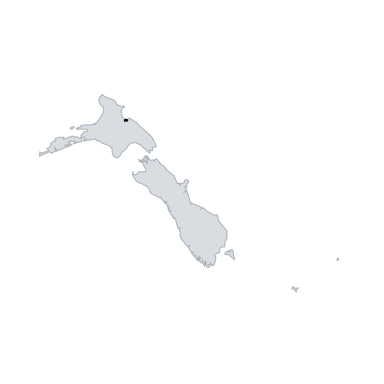 Napier City, Hawke's Bay, New Zealand shown in context, rotated 281°
{"feature_id": "76426892B22916001519888", "entity_name": "Napier City", "entity_type": "district", "adm_level": 2, "iso_a3": "NZL", "parent_name": "New Zealand", "parent_adm1": "Hawke's Bay", "projection": "mercator", "projection_center": [176.876, -39.479], "detail": "fine", "context": "in_parent", "style": "filled", "palette": "ink", "viewbox_px": 384, "rotation_deg": 281, "n_neighbors": 0, "source": "geoboundaries", "source_scale": "gbopen_adm2", "svg_char_len": 4496}
<svg xmlns="http://www.w3.org/2000/svg" viewBox="0 0 384 384"><g transform="rotate(281 192 192)"><path d="M203.2,142.8L204.6,142.9L210.9,138.0L213.5,137.0L214.2,136.9L212.8,138.3L213.1,139.4L211.7,142.7L212.9,142.2L213.6,139.9L214.5,139.4L214.2,138.1L217.9,138.5L216.6,140.9L214.6,142.2L215.9,142.3L218.7,139.9L218.7,141.3L215.0,145.3L216.2,147.5L215.2,149.3L216.3,149.1L217.7,150.5L216.8,152.3L212.8,156.9L212.2,159.3L208.5,163.5L204.5,171.2L197.1,176.2L198.5,177.6L195.9,179.5L198.0,179.1L199.4,182.2L202.7,183.1L202.9,186.0L200.8,186.8L198.7,185.5L195.6,186.0L196.6,184.8L195.3,184.0L193.0,186.4L189.8,183.6L191.6,186.9L185.1,190.7L182.5,191.0L181.5,193.1L179.9,193.2L180.8,193.9L178.8,204.5L177.0,204.5L178.6,205.7L178.4,206.8L176.2,209.9L173.3,218.1L174.3,220.1L174.2,221.5L168.7,223.6L160.7,233.6L153.4,235.1L149.3,233.9L144.5,234.6L143.7,231.8L142.1,230.2L137.8,230.3L135.8,227.2L134.1,226.4L131.9,228.1L125.3,227.8L124.0,227.3L123.8,226.1L126.3,223.0L124.0,224.7L123.0,224.5L124.0,223.1L123.9,221.8L121.1,223.1L121.3,220.4L127.4,218.6L125.0,218.4L124.9,217.4L127.3,215.4L124.1,215.6L124.6,213.3L126.4,213.2L125.8,211.5L129.3,213.3L128.8,211.7L130.2,211.2L127.8,210.0L127.7,208.2L129.0,207.0L130.6,207.5L129.5,206.0L132.5,203.1L133.2,205.3L133.4,202.1L137.1,199.0L138.6,200.2L138.0,197.3L144.3,190.1L147.8,188.2L149.8,188.5L153.0,186.3L154.4,187.2L153.9,185.6L154.3,184.8L162.5,180.7L162.5,179.4L163.4,179.2L162.8,178.8L167.5,174.4L169.5,174.7L168.3,173.4L170.3,172.2L172.2,173.1L171.1,171.7L172.8,170.9L173.7,172.1L173.8,170.4L176.6,166.8L177.1,169.6L177.4,169.3L177.3,166.5L179.3,163.2L180.9,162.5L180.1,161.5L183.0,151.4L186.0,150.1L188.7,147.1L190.5,141.5L191.1,137.4L192.7,134.3L197.3,130.3L201.1,130.3L198.4,130.8L198.1,132.8L198.9,134.5L201.6,135.7L203.2,142.8ZM201.3,36.7L205.3,43.4L207.3,41.4L207.6,42.9L211.5,44.8L212.2,44.1L215.4,45.9L215.9,48.3L218.1,47.5L220.9,52.6L220.5,53.9L221.4,55.7L219.1,55.9L224.1,63.7L223.5,66.5L224.3,68.4L223.1,71.9L225.2,73.0L226.0,72.1L230.3,74.3L231.3,77.6L233.3,77.5L232.6,69.6L231.3,67.5L232.3,66.3L235.0,70.5L236.1,70.3L237.4,73.7L238.8,81.2L240.6,83.5L239.6,83.1L239.4,83.7L240.3,84.4L248.5,88.3L254.7,89.9L258.3,88.4L260.4,85.4L263.9,83.0L267.1,83.2L270.4,85.2L268.6,89.4L267.1,98.7L263.5,101.4L262.6,106.2L263.3,108.1L262.6,109.7L261.1,107.6L257.8,107.0L252.3,109.4L250.8,111.7L250.6,114.7L252.7,116.6L249.4,124.5L247.5,126.7L238.7,141.7L230.4,148.3L229.3,147.7L228.6,145.1L225.1,145.2L225.3,142.2L224.9,141.9L223.5,143.6L222.0,143.0L228.6,132.0L229.7,126.6L228.5,123.8L226.7,121.1L221.2,118.9L218.5,116.2L213.3,114.0L211.8,112.7L211.2,110.9L212.2,108.1L215.0,106.3L219.1,105.3L221.6,102.4L223.0,93.6L224.6,90.4L224.1,88.4L225.7,86.9L223.2,81.4L223.7,79.7L222.9,79.4L221.4,75.9L222.3,75.8L223.3,77.7L224.1,76.1L225.7,75.7L223.9,73.5L221.6,74.2L220.1,73.5L218.9,70.1L216.5,66.5L217.2,66.4L219.1,68.2L219.8,66.8L218.5,64.7L219.0,62.6L217.5,61.5L217.3,62.8L214.6,60.8L213.1,57.6L213.1,59.2L216.2,64.0L215.4,65.0L214.8,64.5L206.9,52.0L209.5,48.6L207.9,49.2L206.4,51.3L205.7,50.5L205.2,48.9L203.2,46.8L204.1,45.6L204.1,44.0L198.1,35.5L202.3,35.1L201.3,36.7ZM139.2,236.2L141.6,240.0L140.3,239.7L140.3,240.5L142.8,241.4L142.8,243.0L133.8,246.5L137.3,240.1L137.1,236.3L139.2,236.2ZM117.2,311.8L118.0,314.4L115.1,313.0L113.6,313.6L115.9,311.1L116.2,308.4L118.3,308.8L117.2,311.8ZM232.9,61.7L233.4,64.1L230.8,62.3L230.7,61.0L231.4,60.1L232.9,61.7ZM213.1,136.0L211.4,136.9L211.8,134.8L213.7,133.5L213.1,136.0ZM124.2,217.6L124.0,218.9L121.6,218.4L123.5,216.9L124.2,217.6ZM154.4,347.4L155.1,348.4L153.8,348.9L152.4,347.4L154.4,347.4ZM127.1,209.2L127.7,211.3L126.0,210.3L127.1,209.2Z" fill="#d9dde1" stroke="#a8b0b8" stroke-width="1"/><path d="M250.4,114.8L250.4,114.7L250.4,114.4L250.3,114.2L250.4,113.8L250.4,113.7L250.4,113.4L250.4,113.5L250.3,113.4L250.3,113.5L250.3,113.4L250.2,113.4L250.2,113.5L250.3,113.5L250.2,113.5L249.9,113.5L249.9,113.4L249.8,113.2L249.8,112.9L249.8,112.7L249.9,112.3L249.9,112.2L249.7,112.1L249.5,112.3L249.6,112.5L249.4,112.5L249.5,112.6L249.5,112.8L249.4,112.8L249.3,113.0L249.4,112.9L249.4,113.0L249.2,113.1L249.2,113.3L249.3,113.5L249.2,113.5L249.1,113.8L249.1,114.0L249.3,114.1L249.2,114.2L249.2,114.3L249.3,114.3L249.2,114.5L249.1,114.8L249.2,114.7L249.3,114.7L249.5,114.6L249.7,114.8L249.8,114.9L249.9,115.0L250.0,115.0L250.1,114.9L250.3,114.9L250.4,114.8ZM249.9,113.5L250.0,113.6L249.9,113.6L250.0,113.6L249.9,113.6L250.0,113.6L249.9,113.7L249.9,113.5Z" fill="#0f172a" stroke="#020617" stroke-width="1.5"/></g></svg>